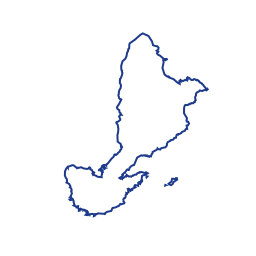 Banggai, Sulawesi Tengah, Indonesia (Natural Earth projection), rotated 147°
{"feature_id": "22746128B48169474795911", "entity_name": "Banggai", "entity_type": "district", "adm_level": 2, "iso_a3": "IDN", "parent_name": "Indonesia", "parent_adm1": "Sulawesi Tengah", "projection": "natural_earth1", "projection_center": [122.763, -1.049], "detail": "fine", "context": "isolated", "style": "outline", "palette": "blue", "viewbox_px": 256, "rotation_deg": 147, "n_neighbors": 0, "source": "geoboundaries", "source_scale": "gbopen_adm2", "svg_char_len": 5818}
<svg xmlns="http://www.w3.org/2000/svg" viewBox="0 0 256 256"><g transform="rotate(147 128 128)"><path d="M64.1,199.3L67.2,199.4L74.1,198.3L80.4,198.1L81.4,197.3L83.8,194.0L84.8,194.0L86.4,192.2L87.5,191.9L90.3,188.9L92.4,187.6L96.3,186.9L99.9,183.8L101.9,180.4L101.7,179.3L102.5,178.5L102.7,177.2L104.8,175.2L108.6,172.7L108.5,172.3L108.6,172.6L110.3,170.3L110.4,168.6L110.9,167.2L112.5,165.5L114.9,164.3L116.1,162.8L116.0,162.5L116.3,162.8L117.2,161.5L118.1,161.0L119.2,157.7L118.9,156.5L118.3,156.1L118.1,155.5L122.4,153.0L126.1,151.4L126.4,149.6L125.6,147.7L126.5,146.0L126.5,144.3L126.0,145.4L126.4,144.1L126.3,142.6L127.2,143.2L129.2,142.5L129.6,139.9L130.0,139.1L132.4,138.7L134.3,139.2L135.0,138.7L134.9,136.2L136.5,132.6L138.8,129.6L140.7,127.9L144.1,122.2L142.8,118.6L144.2,115.8L144.0,115.4L143.3,116.2L143.4,115.3L143.9,115.4L145.3,113.8L146.4,113.8L147.6,112.8L149.9,112.6L150.7,112.1L152.1,112.0L153.1,112.9L153.6,113.0L153.6,112.6L154.0,112.9L155.8,111.7L158.3,111.3L164.1,109.3L166.1,109.1L166.6,108.4L166.9,109.3L168.7,110.3L170.5,110.2L170.2,109.4L169.2,108.8L169.5,108.5L168.9,107.6L169.3,107.3L169.0,106.9L169.6,107.1L170.7,105.6L170.1,106.5L170.1,108.5L170.5,108.8L170.7,108.2L170.7,109.0L171.0,109.2L172.5,108.8L172.7,107.3L173.2,107.0L173.8,107.5L174.1,107.0L173.7,106.3L173.2,106.7L172.6,106.3L172.6,105.6L173.6,105.0L173.5,104.6L174.4,104.5L174.7,103.5L175.9,102.7L176.9,101.1L180.0,103.6L180.8,105.4L182.4,107.3L181.9,107.8L182.1,108.8L182.7,108.4L182.6,109.3L181.9,109.4L181.7,108.6L180.6,109.1L181.4,110.6L181.2,112.5L182.1,113.8L181.4,114.8L181.6,115.9L182.1,116.1L183.2,115.5L184.4,115.8L187.1,118.1L188.7,120.6L192.0,121.8L191.7,122.0L192.8,122.8L194.0,126.4L194.9,127.1L199.6,128.2L199.9,127.7L199.9,128.2L202.0,127.6L204.5,125.9L206.8,122.6L207.3,120.0L207.1,118.8L207.5,117.6L208.3,116.4L209.3,115.8L207.8,113.1L208.0,110.7L208.3,110.0L209.0,109.9L208.6,107.9L209.4,106.1L210.1,106.0L210.7,103.6L213.3,102.0L213.4,101.3L214.3,101.4L214.0,100.8L214.3,100.1L213.0,98.9L213.3,96.5L214.0,95.5L214.6,92.9L215.8,92.7L214.3,90.3L214.4,89.7L213.1,90.0L212.4,89.6L213.4,88.2L213.7,86.2L214.3,85.3L213.4,85.0L212.2,86.3L211.8,86.3L211.5,85.8L211.8,85.8L211.6,85.1L210.0,83.9L209.7,83.2L209.1,83.6L209.7,83.2L209.1,83.1L208.5,81.4L208.2,81.6L208.8,81.0L208.7,80.1L208.1,80.8L208.0,80.2L207.5,80.3L207.5,79.9L207.8,80.1L207.7,79.1L210.8,78.2L209.0,76.7L207.9,77.2L207.3,76.7L207.3,76.1L206.9,76.4L204.5,75.3L204.0,74.5L200.6,72.7L199.6,72.7L194.6,68.9L194.6,70.0L194.5,68.8L191.6,69.2L187.2,67.6L184.5,69.4L184.6,70.2L184.5,69.3L181.7,68.2L179.7,68.0L179.7,69.0L179.7,68.0L178.3,67.6L175.8,68.5L175.5,67.8L172.2,66.9L171.5,67.5L171.8,68.7L171.3,69.8L171.6,70.2L171.3,69.9L170.6,70.8L169.7,71.0L169.4,72.1L169.4,71.2L168.8,70.9L167.4,71.6L166.7,72.9L165.4,73.5L164.9,74.3L164.5,73.5L164.1,74.0L162.6,73.8L161.9,75.5L161.3,75.6L161.4,77.0L160.9,77.0L160.8,76.2L160.2,76.1L160.1,74.8L159.5,74.8L161.0,73.7L159.5,74.1L158.2,73.7L157.4,74.7L154.5,74.3L154.8,74.8L154.5,75.7L153.1,76.3L151.1,74.1L150.8,75.2L150.8,74.7L149.9,75.0L149.4,76.4L148.8,76.6L148.0,76.5L147.9,76.0L147.2,75.7L146.3,76.3L146.7,75.2L145.1,75.7L144.5,76.6L144.3,77.9L142.2,80.2L140.9,80.1L139.6,79.4L136.1,79.3L136.9,81.0L138.6,81.3L140.6,83.7L142.3,84.6L142.5,84.2L144.7,85.0L146.4,84.4L147.8,85.2L149.5,85.2L149.7,85.6L151.8,85.4L152.1,86.0L153.7,86.8L154.5,88.9L154.6,88.4L154.9,88.8L155.7,88.3L156.0,88.9L159.1,88.6L159.8,89.2L160.6,88.5L160.8,89.1L161.9,89.4L162.3,90.5L161.8,90.4L161.8,90.8L159.1,90.5L158.3,91.8L157.8,91.4L157.1,92.3L154.1,92.6L151.9,93.5L151.1,93.6L150.5,92.5L149.8,92.4L148.4,93.7L146.6,94.2L144.4,94.2L143.2,93.6L136.4,98.2L131.8,97.9L131.2,97.0L129.7,96.6L127.9,95.3L128.5,95.2L126.2,92.8L125.9,93.1L125.4,92.7L126.6,92.3L124.6,92.2L124.1,91.7L122.4,93.2L121.4,93.3L120.4,94.5L116.0,94.1L114.8,94.3L114.3,94.8L114.0,93.8L112.7,92.4L111.6,92.9L110.5,92.8L107.1,91.4L104.9,92.2L103.9,93.6L102.3,94.5L99.4,94.2L98.9,94.6L96.4,93.6L94.6,94.5L93.2,93.7L91.0,95.7L90.1,95.8L89.7,95.1L88.8,95.4L88.0,94.9L85.9,94.8L84.9,95.3L82.0,94.7L80.2,95.6L78.9,95.0L77.5,98.1L76.3,97.6L74.5,98.4L74.1,100.4L75.2,101.4L74.8,102.5L73.2,104.1L73.0,109.8L70.2,114.1L68.5,115.7L67.3,116.1L65.5,114.7L64.2,114.9L63.5,114.3L62.8,114.6L61.8,114.1L61.3,114.4L59.8,113.2L58.6,113.8L57.8,113.3L56.6,114.6L56.0,114.5L55.4,116.5L54.7,117.5L53.2,118.3L52.5,119.6L50.9,120.3L48.8,120.0L47.4,120.4L45.7,118.6L44.0,118.5L42.4,117.6L41.6,117.8L41.1,119.7L41.5,121.6L41.4,123.3L41.9,124.2L41.8,125.3L42.8,126.7L42.9,128.6L43.3,128.7L43.2,129.6L43.9,130.9L44.7,130.8L45.3,132.4L46.1,133.1L47.3,132.9L48.5,133.6L49.1,134.8L49.3,136.3L50.4,138.1L51.5,137.8L52.0,136.6L51.7,136.1L52.4,135.7L52.5,136.2L53.6,136.7L54.0,137.3L55.9,137.3L56.9,138.1L57.5,137.9L57.5,138.5L58.0,138.5L57.9,139.7L59.3,139.5L60.6,136.9L61.9,139.4L63.1,144.0L66.2,148.3L65.7,148.5L66.0,149.3L67.3,150.2L68.2,153.1L66.4,159.6L62.4,163.6L61.5,165.8L60.9,165.9L59.7,164.4L58.0,164.4L58.0,164.9L60.3,166.3L61.7,171.1L63.1,173.6L63.0,175.0L61.1,175.4L61.9,177.2L59.8,177.4L58.6,178.8L58.8,180.5L60.1,181.5L61.9,183.8L60.7,187.5L60.7,194.1L64.1,199.3ZM123.0,56.6L120.8,56.8L119.2,57.9L114.9,57.9L114.3,59.2L115.0,59.8L115.7,59.2L118.6,61.4L120.8,59.4L124.3,59.2L124.3,58.6L123.0,56.6ZM40.8,117.8L41.1,116.9L40.1,117.0L40.1,117.8L40.8,117.8ZM138.6,77.3L139.3,76.9L139.4,76.5L138.1,76.8L138.6,77.3ZM174.1,108.8L172.8,108.6L172.7,108.9L174.1,108.8ZM204.1,73.1L204.5,72.7L203.8,72.6L204.1,73.1ZM127.7,59.9L128.1,59.5L127.3,59.3L127.7,59.9ZM154.7,74.2L154.6,73.4L154.4,74.2L154.7,74.2ZM215.9,99.7L215.8,99.0L215.3,98.8L215.5,99.5L215.9,99.7ZM148.4,75.0L148.2,74.5L147.6,75.1L147.9,75.2L148.4,75.0ZM175.3,108.2L175.1,108.0L175.2,108.3L174.2,108.5L174.9,108.7L175.3,108.2ZM173.6,108.3L174.0,108.2L173.4,107.8L173.6,108.3Z" fill="none" stroke="#1e3a8a" stroke-width="2"/></g></svg>